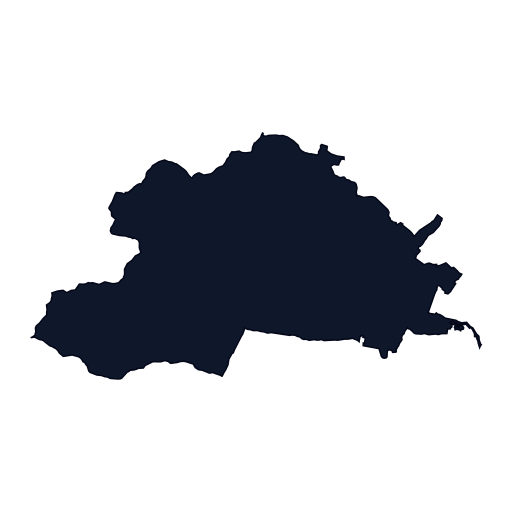 the district of Sanmihaiu Almasului, Salaj, Romania
{"feature_id": "2599482B86867207521382", "entity_name": "Sanmihaiu Almasului", "entity_type": "district", "adm_level": 2, "iso_a3": "ROU", "parent_name": "Romania", "parent_adm1": "Salaj", "projection": "mercator", "projection_center": [23.232, 47.041], "detail": "fine", "context": "isolated", "style": "filled", "palette": "ink", "viewbox_px": 512, "rotation_deg": 0, "n_neighbors": 0, "source": "geoboundaries", "source_scale": "gbopen_adm2", "svg_char_len": 6068}
<svg xmlns="http://www.w3.org/2000/svg" viewBox="0 0 512 512"><path d="M222.2,376.1L224.0,372.4L225.4,370.3L227.9,365.0L228.9,359.1L232.0,353.6L233.3,352.8L234.5,349.6L241.5,336.0L242.7,334.1L244.9,328.0L247.7,329.4L250.1,329.6L253.2,330.6L257.9,330.6L260.3,331.4L264.2,331.9L267.4,333.1L271.3,332.6L289.7,335.4L291.3,335.0L295.0,335.2L297.3,336.4L300.0,337.0L301.7,338.6L303.5,339.4L306.4,339.3L309.1,340.3L314.6,339.6L316.4,340.1L319.6,340.0L321.2,339.5L324.1,340.6L334.6,340.0L337.8,340.2L344.8,339.1L348.3,339.1L352.5,338.3L357.7,340.4L359.1,341.7L360.0,336.4L360.8,336.4L361.0,335.5L363.0,335.8L362.9,337.3L365.3,337.9L364.5,343.2L363.3,343.0L363.2,345.7L379.0,348.6L381.4,356.5L382.8,357.9L384.3,358.2L386.1,357.9L387.0,356.9L387.2,352.3L387.4,351.1L388.1,350.2L389.7,349.9L390.9,350.2L392.5,351.3L392.5,352.2L392.7,352.4L396.0,352.1L396.3,351.3L396.2,348.9L397.0,348.5L397.0,347.6L398.4,346.2L399.5,343.4L401.8,340.1L402.0,339.2L401.6,337.8L402.2,335.4L404.1,333.6L404.5,331.9L406.6,328.6L407.6,327.6L408.2,328.8L409.8,329.0L411.8,330.9L412.2,330.8L413.6,332.8L415.8,333.8L421.6,334.1L424.5,333.5L428.7,334.7L436.0,334.0L437.6,334.5L439.7,334.3L440.9,333.7L446.9,333.6L447.7,328.7L450.1,329.0L450.6,328.0L451.9,326.9L451.9,325.0L451.5,324.2L449.6,322.8L450.4,322.0L450.6,323.0L451.6,323.9L455.0,325.1L456.3,326.1L459.0,326.7L459.0,327.7L454.8,326.7L454.4,327.4L454.8,328.0L455.1,329.8L457.2,329.2L458.7,329.8L459.8,329.3L460.3,329.7L460.2,330.6L460.7,330.8L461.2,329.4L463.1,329.3L463.5,328.8L463.6,327.5L463.0,326.6L461.5,325.9L457.3,324.9L455.2,323.1L452.5,322.0L452.2,321.4L455.8,322.7L457.5,324.0L459.2,324.3L462.6,324.8L465.9,324.2L469.5,328.2L469.9,327.7L470.7,327.7L472.8,329.9L472.9,330.6L474.1,332.6L474.6,334.9L474.5,336.2L475.0,336.8L476.3,336.9L476.8,337.6L476.9,339.0L477.9,340.9L478.2,343.0L479.6,347.7L480.7,345.3L481.3,344.8L480.7,344.2L479.2,340.2L478.9,336.3L476.4,333.8L472.9,328.0L470.2,326.4L466.6,322.3L461.5,322.8L458.1,321.6L456.0,320.3L445.1,318.1L442.6,316.2L439.8,314.6L437.7,314.1L436.3,312.9L435.2,314.2L430.1,313.5L428.2,312.5L434.5,294.4L435.7,291.5L436.7,290.1L437.3,286.1L438.9,285.3L439.4,285.7L442.0,288.0L442.3,288.6L442.2,289.2L445.2,291.5L444.9,293.1L447.9,293.9L450.3,291.8L455.7,283.6L454.3,282.2L455.9,280.2L458.4,279.1L459.1,277.7L460.5,276.3L461.8,274.2L459.1,273.0L457.5,271.0L453.8,267.5L452.9,267.5L451.9,268.2L450.5,267.2L446.0,262.9L440.1,265.4L437.2,266.1L436.8,266.1L436.7,264.4L433.1,264.6L429.8,263.2L428.3,263.2L424.1,264.7L415.2,258.3L416.1,256.8L416.1,255.6L420.0,251.4L419.9,250.1L418.3,249.2L418.7,246.7L420.4,246.2L422.5,244.1L424.9,240.1L426.2,238.7L427.6,236.2L428.8,235.0L433.2,232.5L439.1,226.0L440.3,223.7L440.2,222.5L441.7,220.5L442.1,218.4L437.5,214.9L433.8,220.7L432.3,221.4L431.0,222.8L419.6,230.3L414.2,236.4L411.8,233.0L409.4,230.6L402.9,225.5L402.1,225.4L402.7,224.6L402.7,223.9L400.6,222.7L397.5,224.6L396.3,223.9L396.1,222.6L392.8,222.0L391.8,220.8L390.8,221.1L390.1,218.2L388.4,216.1L389.0,212.2L387.6,209.5L375.3,197.7L373.3,196.9L371.0,196.6L363.4,197.4L359.0,195.8L356.6,195.8L356.9,194.5L356.2,192.7L357.0,187.9L356.1,184.1L354.7,182.5L351.1,181.6L348.8,180.0L346.3,179.7L344.5,177.3L343.5,177.0L340.8,177.6L338.5,177.2L337.2,176.0L336.2,175.9L334.1,174.7L333.1,171.7L330.7,166.9L330.9,166.5L331.3,165.9L334.1,164.3L336.7,165.0L338.6,164.9L339.2,162.9L340.5,160.7L340.7,159.4L341.8,159.4L342.1,158.8L344.1,159.4L344.0,157.0L337.0,156.0L331.0,153.9L326.7,150.7L327.3,146.6L327.0,146.2L321.6,144.5L320.5,145.6L320.7,147.7L319.6,150.2L318.7,151.3L318.5,153.6L317.6,155.1L311.0,153.8L309.6,153.9L306.5,152.9L306.1,153.2L302.2,151.2L300.3,149.7L299.1,147.8L298.1,145.2L293.4,140.9L287.4,137.0L282.9,135.5L279.4,135.7L275.9,135.1L268.6,135.4L266.2,136.2L264.6,136.1L262.5,135.3L263.2,133.8L262.7,133.0L262.3,133.3L262.2,134.3L261.6,134.7L261.1,136.5L260.1,138.1L255.5,142.7L254.4,143.0L252.5,147.5L252.4,149.4L251.8,151.6L250.8,152.3L245.4,152.9L241.8,152.5L239.0,151.1L234.6,151.9L231.8,151.8L229.9,154.5L229.5,156.6L227.0,159.2L225.6,162.3L223.0,165.8L219.0,167.2L216.6,168.7L213.4,172.2L211.0,173.8L203.8,175.1L199.2,172.9L197.6,173.2L194.8,174.7L193.4,175.9L192.2,177.9L191.3,177.8L188.9,175.5L186.1,171.3L185.2,170.7L184.8,170.0L176.5,163.9L175.1,163.7L171.7,162.1L168.5,161.7L164.6,160.0L159.1,161.7L152.6,165.6L150.7,168.6L148.2,170.6L147.2,171.9L146.3,173.8L146.1,176.3L145.3,178.4L142.8,181.4L141.5,184.1L139.7,183.7L137.3,184.7L133.7,187.4L132.6,188.8L128.8,191.9L127.7,192.4L125.3,192.5L125.2,193.8L124.6,194.2L121.7,193.0L116.4,192.5L114.9,195.1L112.4,201.6L109.2,207.1L109.0,208.0L109.0,208.7L111.3,211.4L111.7,215.9L114.4,218.2L115.8,218.8L112.9,225.2L111.0,227.8L110.4,230.7L110.6,231.5L111.5,233.2L112.6,233.9L119.6,235.5L125.9,236.0L128.3,237.0L130.9,237.3L132.5,238.5L134.8,238.2L138.2,240.0L138.8,241.0L139.4,243.1L139.3,247.9L140.9,252.4L139.2,254.0L135.4,255.9L132.0,260.3L127.3,263.7L124.5,269.3L124.6,273.7L124.2,275.7L123.4,277.1L123.5,278.2L120.6,280.4L119.7,281.8L118.3,282.8L114.7,283.6L112.1,283.6L104.8,281.9L99.2,284.5L92.6,282.7L89.9,283.0L88.2,282.6L86.1,283.8L82.9,284.3L79.7,284.0L79.2,284.3L75.2,290.0L71.2,290.4L66.8,292.7L63.0,290.3L57.3,291.1L51.9,292.9L52.2,295.9L51.4,298.8L51.3,300.3L50.9,301.2L49.9,302.6L46.5,305.0L47.1,309.9L46.8,311.2L46.6,314.2L47.1,314.7L43.4,318.2L39.7,322.9L36.3,325.9L35.4,328.0L35.8,331.3L35.0,335.1L32.4,337.0L30.7,337.7L34.6,337.1L39.3,339.5L42.6,340.1L50.0,345.9L51.6,346.3L56.4,349.0L58.1,350.9L59.3,353.0L63.3,356.4L72.1,355.0L78.4,356.7L80.5,357.9L81.9,359.6L82.9,361.6L84.9,362.7L85.7,364.3L87.3,366.1L88.8,371.1L90.1,372.4L96.8,375.0L101.5,375.5L104.8,376.7L107.5,377.0L110.1,378.4L118.0,379.0L120.4,378.8L121.6,378.3L127.0,372.3L129.3,371.1L129.9,370.3L134.2,369.9L137.3,368.9L137.6,368.4L143.4,368.0L145.1,365.5L152.9,361.7L160.6,361.8L164.8,360.6L168.4,361.5L170.0,363.0L171.2,363.3L177.1,362.5L180.4,361.5L184.0,361.3L186.4,361.8L193.6,364.2L194.0,365.5L195.3,367.6L198.5,369.7L202.2,370.2L209.4,373.1L212.7,372.6L220.4,375.3L221.8,376.2L222.2,376.1Z" fill="#0f172a" stroke="#020617" stroke-width="1.5"/></svg>